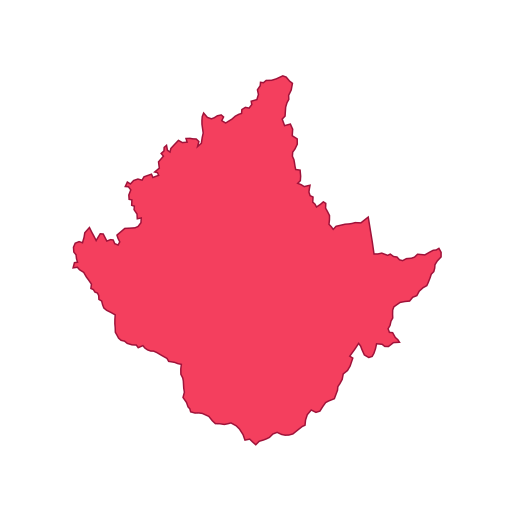 São João do Triunfo, Paraná, Brazil, rotated 198°
{"feature_id": "56859067B92215694258834", "entity_name": "São João do Triunfo", "entity_type": "district", "adm_level": 2, "iso_a3": "BRA", "parent_name": "Brazil", "parent_adm1": "Paraná", "projection": "equal_earth", "projection_center": [-50.278, -25.688], "detail": "fine", "context": "isolated", "style": "filled", "palette": "rose", "viewbox_px": 512, "rotation_deg": 198, "n_neighbors": 0, "source": "geoboundaries", "source_scale": "gbopen_adm2", "svg_char_len": 4098}
<svg xmlns="http://www.w3.org/2000/svg" viewBox="0 0 512 512"><g transform="rotate(198 256 256)"><path d="M308.4,401.7L306.8,398.7L308.3,394.5L312.0,394.1L314.7,390.9L313.8,387.1L316.2,385.4L318.9,382.6L321.2,378.7L326.0,373.1L330.4,374.1L329.8,378.2L332.7,379.4L336.1,377.4L338.4,374.6L340.8,372.7L345.1,372.8L350.0,375.8L350.2,372.0L349.4,368.5L348.1,364.6L344.2,356.6L343.8,352.2L342.8,346.3L345.4,342.0L345.7,347.2L349.0,348.8L352.3,347.9L355.1,347.5L358.9,346.1L356.7,343.0L361.1,341.1L365.5,342.0L367.9,337.0L370.2,332.0L369.9,328.3L372.9,329.2L375.3,333.6L376.9,330.9L376.0,327.5L377.9,324.2L374.9,322.4L377.8,315.4L375.1,309.7L378.3,304.6L375.4,304.8L373.5,302.6L375.9,300.8L378.3,298.8L380.7,301.5L384.3,298.8L387.0,296.7L387.8,292.9L392.1,292.7L395.7,290.0L397.7,285.7L401.2,286.6L401.8,281.7L398.7,282.4L395.5,280.2L395.8,274.7L394.2,270.7L391.4,271.0L389.9,265.8L387.1,265.8L386.3,262.4L382.1,259.1L380.4,254.7L376.9,256.7L375.7,252.1L377.3,247.6L379.8,245.4L384.8,243.4L389.3,241.7L394.7,232.9L392.8,230.3L389.9,227.3L390.6,223.8L394.2,224.1L396.8,227.1L399.4,226.6L402.5,224.1L408.1,229.7L411.0,229.0L411.8,225.7L412.8,221.3L416.1,224.6L419.8,228.1L423.2,231.6L426.0,225.2L425.3,220.6L425.1,215.0L428.7,215.0L431.9,212.3L432.3,207.9L430.5,203.5L427.5,201.5L425.9,198.0L423.8,194.9L426.6,193.6L426.3,188.2L422.4,190.1L419.6,188.4L414.8,187.2L410.8,183.6L408.4,181.9L403.8,178.4L403.0,174.1L400.3,173.8L398.0,171.9L395.4,171.8L393.4,169.8L392.0,166.2L388.9,165.5L386.8,162.2L384.6,159.5L381.3,158.2L376.6,157.5L371.7,156.5L370.6,152.1L369.3,148.0L367.7,144.2L366.2,140.0L364.0,138.0L361.3,135.4L358.3,134.1L354.7,134.4L351.5,133.1L346.5,133.2L342.3,134.3L339.7,132.4L335.9,135.8L333.2,134.1L330.1,133.2L326.7,133.1L324.0,133.9L320.3,133.5L315.0,132.3L309.0,131.1L306.5,128.8L303.3,129.3L300.5,129.7L297.1,129.5L293.5,129.9L292.6,125.3L290.9,120.3L288.0,117.4L286.5,114.7L283.9,108.0L282.0,104.3L281.7,98.9L276.8,95.2L274.0,91.5L271.7,90.2L270.0,87.6L265.5,87.8L261.8,89.1L258.4,89.7L251.3,88.9L246.6,85.8L242.8,84.0L238.6,85.3L234.1,86.0L230.9,87.8L228.2,89.5L222.3,88.4L218.2,86.3L213.1,82.1L209.6,77.5L205.4,79.9L201.8,78.1L197.9,76.4L195.7,80.8L192.2,83.2L189.6,85.3L187.2,87.6L184.9,92.0L181.4,94.8L176.5,94.2L172.9,94.6L169.4,95.9L165.9,98.2L162.4,103.6L159.3,108.2L157.1,110.2L158.2,115.4L158.2,120.9L155.9,126.6L150.7,125.8L147.3,128.2L145.9,133.7L144.5,138.1L142.2,140.5L137.4,144.5L137.0,153.6L137.8,157.0L136.8,160.5L135.9,165.3L136.6,170.8L133.6,175.4L132.5,180.4L132.4,188.8L135.9,189.7L133.2,198.0L131.4,204.6L128.7,202.7L126.3,199.7L122.4,195.4L117.4,194.3L114.5,196.4L113.8,199.8L113.7,204.5L114.2,209.8L108.8,211.0L105.6,209.8L102.1,210.8L98.5,216.1L92.9,218.3L95.2,220.2L98.4,221.6L102.4,225.3L105.5,224.6L107.9,227.6L107.1,231.4L107.5,235.8L106.8,239.3L108.1,242.8L109.3,246.8L109.2,250.2L107.1,253.1L104.6,256.4L100.4,258.7L96.0,260.6L94.2,265.2L90.8,268.0L89.9,273.0L87.3,277.5L84.4,280.6L84.0,284.1L83.7,289.2L83.7,292.9L82.1,296.1L82.3,299.7L83.1,303.0L82.1,307.2L79.7,312.3L81.1,316.7L84.4,319.8L86.5,317.4L89.2,316.2L91.5,313.9L95.8,309.2L99.0,308.5L102.9,307.6L104.9,303.9L107.5,301.9L112.1,300.0L115.1,296.9L118.3,296.7L121.6,298.6L125.0,298.0L128.9,299.3L130.9,297.3L137.3,297.6L140.7,295.6L144.4,294.4L149.8,305.4L161.3,327.7L166.5,319.9L172.0,318.4L174.6,316.7L177.1,315.4L181.2,313.7L189.0,309.0L190.8,305.2L193.3,307.0L196.4,308.7L197.3,313.1L198.6,317.2L201.8,320.4L204.6,323.0L205.9,327.6L208.7,328.3L210.7,325.0L213.6,321.3L215.9,323.5L218.7,324.8L220.0,329.7L223.2,330.1L225.4,333.1L226.0,336.4L226.5,340.0L231.6,336.9L235.2,337.8L238.8,338.0L237.1,341.3L238.2,345.7L240.6,351.3L245.0,350.5L246.6,353.3L248.1,356.3L249.7,359.3L252.2,362.1L253.2,366.1L252.0,369.8L251.3,375.1L253.0,380.1L258.7,381.6L260.3,387.9L264.1,392.1L269.1,388.8L273.4,394.3L271.6,398.0L273.8,406.8L273.9,411.4L273.2,415.1L274.6,418.9L273.8,424.8L274.7,431.5L278.1,432.7L282.6,435.5L286.2,435.6L291.5,430.7L295.5,427.9L300.6,426.1L302.5,423.1L305.4,422.6L304.6,419.3L306.0,414.5L303.6,410.4L303.5,405.0L308.4,401.7Z" fill="#f43f5e" stroke="#9f1239" stroke-width="1.5"/></g></svg>